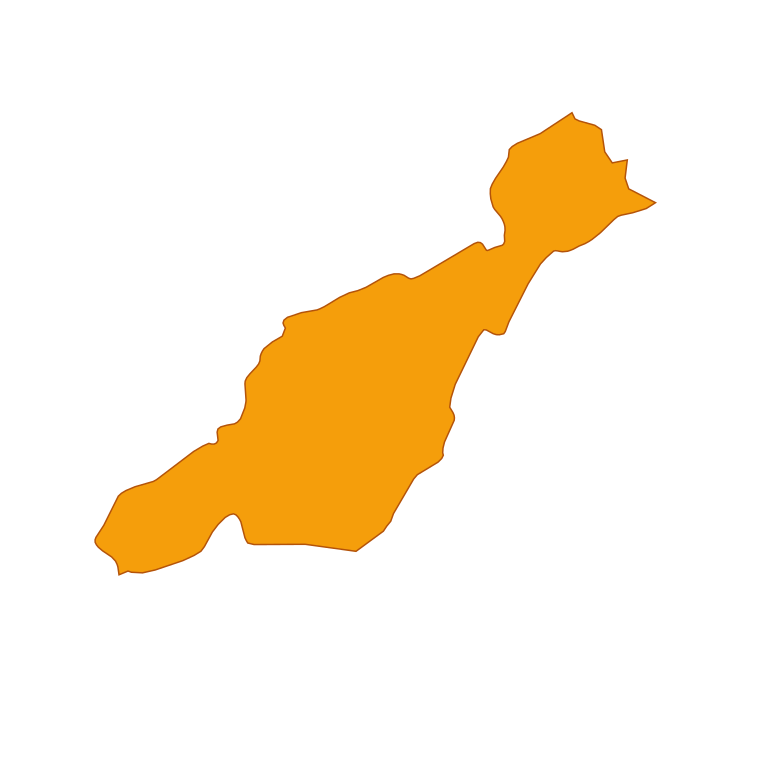 outline of San Salvador, rotated 55°
{"feature_id": "SLV-1349", "entity_name": "San Salvador", "entity_type": "Department", "adm_level": 1, "iso_a3": "SLV", "parent_name": "El Salvador", "parent_adm1": "", "projection": "natural_earth1", "projection_center": [-89.179, 13.778], "detail": "fine", "context": "isolated", "style": "filled", "palette": "amber", "viewbox_px": 768, "rotation_deg": 55, "n_neighbors": 0, "source": "natural_earth", "source_scale": "10m", "svg_char_len": 2410}
<svg xmlns="http://www.w3.org/2000/svg" viewBox="0 0 768 768"><g transform="rotate(55 384 384)"><path d="M391.2,57.6L390.7,68.5L386.4,82.0L381.8,92.8L380.8,96.4L381.2,101.4L384.2,119.9L384.9,130.8L384.8,132.9L384.8,134.1L384.3,138.8L382.9,144.9L382.1,151.6L381.4,154.7L380.6,157.4L378.0,162.0L376.3,163.8L374.5,165.5L373.1,167.1L372.4,168.8L373.5,178.5L375.4,187.0L384.6,208.5L404.7,246.0L410.6,254.6L411.5,257.1L409.8,261.3L408.0,263.7L405.4,265.7L398.4,269.2L396.8,271.1L399.4,279.7L425.1,325.8L434.0,337.3L440.7,343.5L446.9,343.9L449.7,344.5L452.1,345.7L454.0,347.3L466.2,367.7L470.3,372.4L473.9,375.3L476.4,376.3L478.1,379.4L479.0,384.4L477.4,408.7L478.8,414.1L495.6,450.6L500.3,457.2L502.0,463.3L504.2,468.9L505.0,502.9L470.1,540.5L441.0,582.5L436.1,586.8L433.2,586.6L430.2,586.1L414.8,580.3L411.8,579.9L408.7,579.9L406.1,580.4L404.0,581.8L402.6,585.4L402.2,590.6L403.9,600.4L406.8,609.5L414.2,624.4L416.0,629.9L415.5,637.9L413.3,650.1L405.1,678.1L400.2,690.1L393.3,698.9L390.4,701.0L388.3,710.5L381.2,706.9L378.7,706.1L375.1,705.5L369.4,706.3L359.3,710.2L353.9,711.6L350.8,711.8L348.0,711.4L345.9,710.0L344.4,707.9L339.0,694.5L323.5,666.0L322.9,661.8L323.3,656.4L325.4,646.7L331.5,628.9L331.9,625.3L330.1,578.6L330.9,568.0L332.2,561.5L334.2,559.8L335.8,557.6L336.2,555.1L335.1,552.3L327.7,548.3L325.6,545.8L325.5,542.3L327.7,536.1L330.9,529.3L331.2,525.9L330.2,521.5L323.8,511.8L319.6,507.5L318.0,506.2L304.1,497.8L302.0,496.0L300.1,492.7L298.7,487.8L296.9,479.0L295.7,475.2L293.9,472.4L290.2,469.3L288.6,467.1L287.3,464.7L286.2,461.9L285.5,451.2L286.5,439.9L281.6,432.7L278.5,432.4L276.1,431.7L274.3,429.3L274.0,424.8L278.2,410.7L284.9,396.4L285.6,393.6L286.4,388.7L287.6,370.7L289.4,360.2L292.5,351.9L294.5,343.2L296.3,323.5L297.5,318.1L299.5,312.7L302.4,308.5L304.4,306.7L306.5,305.2L311.5,303.1L313.4,301.6L314.5,299.0L315.9,292.6L320.7,229.6L321.7,225.9L323.5,223.9L326.0,223.1L333.2,223.4L334.0,222.6L334.4,221.2L335.7,214.9L338.2,207.5L337.9,205.6L336.4,203.3L331.2,200.1L327.7,196.8L324.6,194.8L321.9,193.7L319.2,193.0L316.3,192.5L313.3,192.4L304.4,193.2L301.5,193.0L293.6,190.3L289.1,187.8L285.0,184.8L282.4,180.8L279.5,174.7L274.7,161.9L271.9,156.0L269.6,152.0L263.8,146.9L263.0,142.8L263.3,136.7L268.5,112.5L269.6,74.4L276.4,75.5L280.5,73.2L293.0,62.9L300.4,60.0L320.4,70.0L333.8,70.2L340.0,56.2L353.6,68.4L364.5,71.6L391.2,57.6Z" fill="#f59e0b" stroke="#b45309" stroke-width="1.5"/></g></svg>